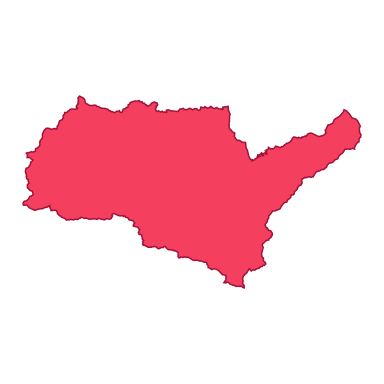 Na Noi, Nan, Thailand
{"feature_id": "78962969B88234986590432", "entity_name": "Na Noi", "entity_type": "district", "adm_level": 2, "iso_a3": "THA", "parent_name": "Thailand", "parent_adm1": "Nan", "projection": "albers", "projection_center": [100.759, 18.283], "detail": "fine", "context": "isolated", "style": "filled", "palette": "rose", "viewbox_px": 384, "rotation_deg": 0, "n_neighbors": 0, "source": "geoboundaries", "source_scale": "gbopen_adm2", "svg_char_len": 5994}
<svg xmlns="http://www.w3.org/2000/svg" viewBox="0 0 384 384"><path d="M361.0,134.7L359.6,132.5L359.4,128.0L360.3,126.2L357.7,121.0L355.9,119.1L352.1,118.0L349.4,113.9L346.1,110.6L344.0,109.8L343.4,111.8L339.8,116.1L334.4,119.5L332.7,123.3L329.4,124.8L328.0,124.9L326.0,129.5L325.2,130.1L325.9,133.3L323.3,135.4L318.7,136.6L311.7,133.2L310.1,133.1L307.8,133.9L306.0,136.5L305.3,135.9L303.4,136.9L301.9,137.0L301.1,138.2L298.6,137.4L297.9,138.0L293.9,136.9L292.5,138.1L291.4,140.4L289.9,142.0L287.9,143.2L286.2,143.4L285.6,144.5L284.4,144.9L283.0,146.7L281.9,146.5L280.3,147.6L275.7,146.1L273.9,148.6L270.7,148.9L268.5,147.4L268.4,149.0L266.3,150.0L266.4,151.2L265.4,151.1L266.8,153.1L266.8,154.2L266.1,154.1L265.6,153.1L264.5,152.9L262.9,154.0L263.6,155.5L262.3,155.9L261.9,153.0L261.5,152.8L260.7,154.0L259.4,154.7L260.2,156.0L260.0,156.5L258.0,157.0L258.3,155.0L257.8,154.9L256.7,158.5L255.2,158.7L254.7,159.8L252.1,160.8L252.4,159.6L250.5,159.5L248.8,156.4L247.4,150.3L246.0,147.6L245.6,142.8L244.9,142.3L242.5,142.4L239.4,140.3L236.9,140.3L234.3,136.5L234.8,133.2L232.3,131.8L231.2,130.1L229.8,129.0L229.0,126.8L229.3,124.9L228.9,123.8L229.5,121.0L229.5,116.1L230.2,114.4L228.3,109.9L228.2,106.4L222.7,107.2L223.0,109.1L222.3,109.7L221.1,108.8L219.4,109.1L216.5,107.5L214.9,108.4L213.3,108.3L211.1,106.5L210.3,106.5L209.8,107.4L207.6,108.3L204.9,106.6L204.1,107.8L200.9,107.1L200.4,109.4L199.4,110.2L197.9,110.1L196.9,108.8L196.2,108.6L194.6,108.6L192.6,109.8L190.3,108.4L189.2,108.4L186.9,109.7L184.5,109.4L183.1,108.3L181.1,109.1L180.0,109.0L177.9,111.5L170.8,110.8L168.2,109.8L166.4,110.2L166.7,112.4L164.8,111.9L163.6,112.4L162.1,111.2L160.6,112.1L158.6,110.8L157.1,111.4L156.0,110.8L155.5,108.6L156.4,107.2L156.1,106.1L157.3,105.7L157.7,104.7L156.9,102.8L155.8,102.8L154.7,102.0L153.7,102.2L151.4,103.2L150.6,104.6L148.3,106.1L146.6,105.8L146.7,105.1L144.8,104.2L144.4,103.2L142.7,103.2L142.1,101.8L140.1,102.0L139.6,100.9L138.9,100.5L137.8,101.1L134.8,101.0L130.4,102.4L129.3,104.4L128.2,104.8L127.8,107.4L126.4,107.5L125.2,108.6L123.2,109.2L121.9,112.4L120.2,112.4L119.4,110.7L118.9,111.3L116.7,111.2L115.3,112.4L113.9,112.6L112.7,111.7L111.4,111.7L110.2,110.7L109.2,110.6L107.8,109.3L105.8,108.6L101.1,108.1L98.4,106.6L97.0,106.4L95.9,105.3L94.0,105.1L92.3,105.6L88.6,105.2L87.7,104.1L86.6,103.9L85.5,102.9L84.5,99.4L83.4,98.0L79.5,96.1L77.9,98.0L78.5,100.0L78.1,101.2L78.5,102.4L77.9,103.0L78.3,103.8L77.7,104.1L76.3,106.2L76.4,107.3L77.5,107.7L77.5,108.3L75.7,109.2L71.8,109.0L70.0,109.4L69.5,110.4L68.4,110.8L66.6,112.6L64.6,112.5L64.6,114.0L63.1,115.5L63.2,117.7L62.3,119.6L59.5,120.9L58.4,124.9L57.3,126.0L56.8,129.1L56.0,129.3L54.9,128.4L51.6,129.3L48.3,128.2L46.2,128.3L43.8,130.9L42.4,134.5L42.5,137.7L39.9,141.2L39.8,145.6L37.4,148.1L35.6,148.6L35.4,151.2L32.9,152.1L31.0,151.7L29.5,152.6L27.5,152.6L26.3,153.2L27.5,154.8L27.1,157.6L29.7,157.4L30.9,158.8L32.8,159.9L32.7,160.7L30.7,162.2L30.2,164.7L28.3,167.6L26.1,168.3L25.4,171.3L25.8,173.5L26.5,174.4L26.3,176.7L26.8,178.9L28.3,179.5L28.1,181.1L29.0,183.1L27.4,184.7L27.4,187.8L30.4,190.7L32.2,191.0L33.3,194.4L32.1,195.6L29.8,196.5L28.3,199.3L26.2,200.9L24.2,201.3L23.0,203.3L23.5,205.3L26.7,204.9L29.3,207.8L34.9,210.4L38.8,209.0L43.4,208.5L44.3,207.6L47.1,207.2L48.5,206.0L50.0,205.7L49.5,207.0L50.8,209.3L51.1,210.6L55.7,210.2L57.1,211.7L57.4,213.5L59.5,215.7L61.2,216.4L61.5,217.2L64.7,218.3L66.4,220.1L67.9,219.6L69.3,220.0L70.0,219.3L73.3,219.9L75.0,219.3L78.0,219.4L78.9,218.5L80.1,218.3L80.6,217.5L81.6,217.4L84.2,218.3L86.8,218.2L89.2,219.2L95.1,218.8L97.0,219.4L98.4,218.4L104.4,219.9L106.6,218.6L109.3,219.2L111.0,218.7L112.6,215.9L111.8,214.8L113.0,213.8L114.5,213.6L118.0,215.4L120.1,215.9L122.6,215.6L123.4,216.5L124.6,215.9L125.9,217.4L127.0,217.5L128.3,218.3L129.0,219.9L132.8,220.6L134.7,223.2L133.5,224.4L133.3,226.1L137.9,227.2L139.0,229.1L139.7,229.5L138.3,232.6L138.9,233.1L138.9,234.1L139.5,234.5L140.7,234.4L141.7,235.5L142.3,237.8L142.1,238.8L143.7,240.5L143.0,240.9L142.8,241.6L143.2,242.4L142.7,243.2L142.7,244.5L143.4,245.2L143.6,244.9L148.4,247.3L151.5,247.2L151.9,246.7L153.2,246.9L154.4,246.4L156.7,247.2L157.5,248.3L158.8,248.8L161.1,247.6L163.0,247.6L163.9,246.8L165.3,246.5L167.0,248.7L168.3,249.6L173.4,250.2L174.2,250.9L175.4,250.9L177.0,251.7L178.3,252.9L178.0,256.6L179.1,258.0L179.9,257.9L180.9,256.8L183.2,257.5L184.5,256.9L186.9,257.5L188.3,257.2L192.6,260.0L194.5,260.4L197.9,260.2L199.1,261.0L201.7,261.1L203.6,262.1L206.6,262.4L206.9,264.1L208.1,265.9L208.2,267.6L209.4,267.9L211.7,269.6L214.1,268.8L215.7,269.0L218.3,270.3L222.6,274.8L223.7,274.7L225.9,275.5L226.0,279.5L223.9,282.7L226.0,282.9L226.8,282.0L228.6,282.5L229.6,283.8L233.0,285.3L233.9,285.2L235.7,286.3L241.8,286.4L242.9,287.5L244.2,287.9L244.1,285.4L242.6,283.4L243.1,281.2L242.6,278.4L243.4,276.0L244.6,274.9L244.7,274.1L245.6,274.0L247.1,272.4L248.8,269.1L249.4,268.9L251.3,271.0L252.7,269.9L254.8,270.1L256.5,268.9L259.2,268.2L260.9,266.5L262.2,266.5L263.1,265.3L264.3,265.4L265.8,263.8L265.1,262.2L263.4,260.9L263.4,258.1L262.2,257.1L261.5,253.9L263.2,247.4L262.3,245.5L262.5,244.1L266.2,240.6L268.7,240.0L269.0,238.8L271.2,237.2L271.1,236.1L272.1,235.7L272.4,234.1L272.3,233.2L270.8,231.0L270.1,230.5L268.6,230.4L267.4,228.0L266.1,227.6L265.2,225.0L265.1,224.5L267.1,221.9L267.7,219.4L268.7,218.0L268.7,215.6L269.9,214.9L272.8,210.9L275.0,210.9L280.1,208.8L280.8,207.1L282.8,204.3L284.5,202.5L286.8,202.1L287.4,200.3L290.7,197.5L291.0,195.3L293.6,194.6L294.2,193.8L294.5,191.7L297.2,189.3L297.8,187.3L299.3,185.6L301.1,185.0L302.2,182.8L301.5,180.7L302.4,178.8L303.8,178.3L304.7,177.4L305.8,177.8L308.9,176.7L310.9,177.3L313.2,176.8L315.1,173.4L316.5,171.7L319.8,170.8L321.7,169.6L323.6,169.5L326.7,167.0L326.9,165.7L328.9,163.3L332.6,162.5L335.0,159.8L337.6,158.9L339.2,155.4L342.3,153.3L343.7,151.6L344.7,149.4L347.7,149.0L350.2,149.3L352.4,148.4L354.6,149.1L354.6,147.0L356.3,144.0L357.6,142.4L359.0,141.8L359.1,138.3L360.6,137.1L361.0,134.7Z" fill="#f43f5e" stroke="#9f1239" stroke-width="1.5"/></svg>